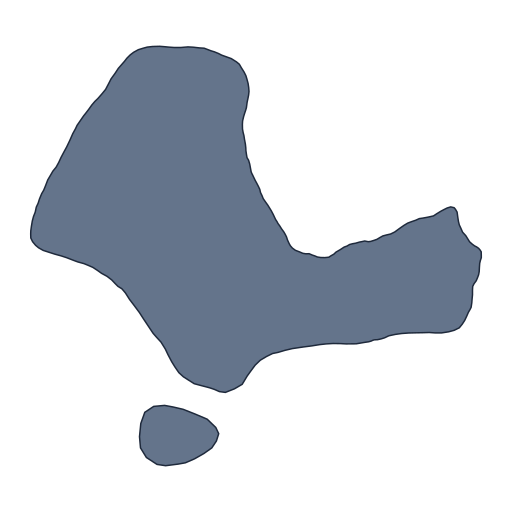 the district of Felidhoo, Maldives
{"feature_id": "70690204B77108705549894", "entity_name": "Felidhoo", "entity_type": "district", "adm_level": 2, "iso_a3": "MDV", "parent_name": "Maldives", "parent_adm1": "", "projection": "albers", "projection_center": [73.527, 3.453], "detail": "fine", "context": "isolated", "style": "filled", "palette": "slate", "viewbox_px": 512, "rotation_deg": 0, "n_neighbors": 0, "source": "geoboundaries", "source_scale": "gbopen_adm2", "svg_char_len": 3731}
<svg xmlns="http://www.w3.org/2000/svg" viewBox="0 0 512 512"><path d="M480.4,260.4L481.3,257.7L481.3,255.3L481.2,251.8L480.0,249.9L478.6,248.3L476.6,246.9L474.6,245.9L472.3,244.2L469.6,241.8L467.9,239.1L465.8,235.7L462.6,232.2L460.8,228.1L459.3,224.9L458.5,221.7L457.8,217.3L457.1,212.1L455.4,209.2L454.1,207.7L450.7,206.9L447.1,208.0L444.1,209.5L440.9,211.2L436.8,213.7L433.5,215.9L428.2,217.1L422.8,218.1L419.3,218.6L415.8,220.2L411.7,221.6L407.7,223.1L403.9,225.4L399.6,228.4L394.7,232.0L390.6,234.0L386.7,234.9L382.9,235.9L379.8,237.6L377.0,239.3L374.2,240.3L370.7,241.4L368.3,241.7L364.7,241.0L362.0,241.6L359.4,242.1L355.6,243.2L352.7,243.7L349.6,244.5L347.1,246.0L344.1,247.1L340.3,249.6L336.0,252.1L333.8,254.2L331.1,255.7L328.8,257.2L324.8,257.6L320.7,257.5L317.4,257.0L314.8,255.9L312.4,255.1L309.1,253.7L305.8,253.8L302.8,253.3L299.8,252.0L295.4,250.3L292.4,248.1L290.4,245.8L289.2,243.7L287.5,240.0L286.5,236.9L285.2,234.3L283.8,231.9L281.6,228.9L279.6,225.7L277.9,223.4L277.1,221.8L275.6,219.5L274.7,217.6L273.3,214.6L271.4,211.0L270.0,208.7L267.7,205.0L265.6,202.1L263.2,198.6L262.0,195.6L260.5,192.5L259.8,189.4L258.4,186.4L256.8,183.3L255.2,180.4L252.8,175.4L251.6,173.0L251.1,171.6L250.5,168.3L249.7,164.0L248.6,160.3L247.0,157.6L246.4,154.0L245.9,150.6L245.8,147.9L245.4,144.2L244.5,139.4L243.9,135.5L243.1,132.4L242.5,129.0L242.4,124.4L242.6,120.9L243.7,116.3L244.6,113.4L245.7,110.1L246.4,107.7L247.1,102.4L248.0,98.1L248.6,95.1L249.0,91.5L248.7,87.5L248.1,83.5L246.9,79.0L245.9,75.7L244.1,72.1L241.2,67.5L239.3,64.2L236.5,61.9L231.3,58.6L227.7,57.3L221.6,55.1L218.5,53.5L214.3,51.8L211.0,50.8L204.2,48.2L199.4,47.9L193.3,47.2L188.0,46.9L180.7,47.5L174.3,47.5L168.7,47.1L164.6,46.7L159.6,46.3L152.6,46.5L147.2,47.1L143.2,48.2L138.3,49.7L133.6,52.3L130.2,54.9L126.9,58.2L124.5,61.3L118.3,68.4L115.1,73.3L111.1,78.8L108.6,83.7L105.6,89.4L102.0,93.8L97.8,98.6L94.9,101.4L91.9,104.9L88.6,109.5L85.6,113.4L83.6,115.9L77.1,125.3L75.5,128.7L72.8,133.6L69.9,140.2L66.7,146.9L63.7,152.4L61.1,157.3L58.7,162.5L56.1,167.2L52.9,171.1L50.0,176.1L47.8,179.8L45.5,185.8L43.7,190.2L41.7,193.6L39.5,198.9L38.1,203.3L36.3,207.1L35.2,212.2L33.5,216.5L32.3,221.0L31.4,226.4L30.8,230.8L30.7,233.9L30.8,238.0L32.6,241.7L35.6,245.3L38.6,247.8L43.2,250.4L50.0,252.6L55.0,254.2L61.2,255.9L66.7,257.7L73.4,260.3L77.7,261.9L83.9,263.6L88.1,265.3L92.9,267.4L97.6,270.5L101.5,273.3L107.0,276.3L111.7,279.9L115.1,283.5L118.0,286.4L121.9,288.8L125.4,292.9L129.6,299.5L134.1,305.4L139.3,312.4L143.5,318.9L148.9,327.0L153.1,333.3L156.5,337.2L161.0,342.1L165.3,349.0L168.0,354.7L171.8,361.9L175.1,367.2L178.9,372.7L183.4,376.8L189.0,380.4L194.2,383.7L201.3,385.6L206.7,387.0L210.0,387.9L214.4,389.4L219.4,391.6L225.4,392.4L234.5,388.8L242.2,384.3L247.2,376.0L251.1,370.6L255.2,365.1L260.3,360.2L266.5,356.5L272.6,353.5L278.0,352.4L285.1,350.3L292.3,348.6L303.1,347.0L311.7,345.9L319.8,344.6L326.2,343.9L333.1,343.5L340.5,343.6L346.1,343.9L356.2,343.8L365.1,342.3L368.6,341.8L371.1,341.1L372.8,340.3L374.5,339.8L377.4,339.7L381.1,338.9L384.6,337.8L388.8,335.8L395.3,334.4L401.7,333.5L408.7,333.0L416.5,332.8L422.6,332.7L429.3,332.5L434.9,332.9L441.7,332.9L448.7,331.8L454.2,330.3L459.3,327.8L462.3,324.1L464.7,320.4L466.7,316.2L468.4,312.3L469.8,309.9L471.1,307.4L471.8,302.8L472.1,298.9L472.5,294.9L472.5,290.0L472.7,286.4L474.1,283.6L476.2,280.8L477.4,278.0L478.6,274.8L479.2,271.6L479.4,267.6L479.7,263.3L480.4,260.4ZM218.7,433.7L215.8,427.5L207.2,419.2L195.0,414.0L183.1,409.3L173.2,407.0L164.6,405.4L153.7,406.4L144.8,412.3L140.8,423.5L139.5,436.7L140.5,447.9L146.4,457.5L157.0,464.4L165.6,465.7L178.1,464.1L185.4,462.8L194.6,458.8L203.9,453.5L211.8,447.9L216.4,441.0L218.7,433.7Z" fill="#64748b" stroke="#1e293b" stroke-width="1.5"/></svg>